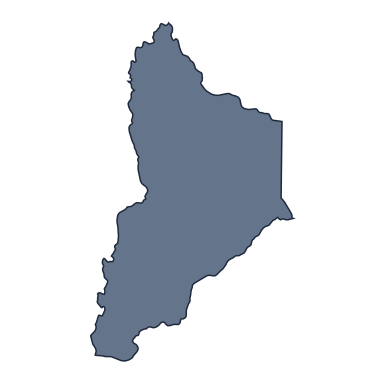 Neuquén, Equal Earth projection
{"feature_id": "ARG-1276", "entity_name": "Neuquén", "entity_type": "Province", "adm_level": 1, "iso_a3": "ARG", "parent_name": "Argentina", "parent_adm1": "", "projection": "equal_earth", "projection_center": [-70.544, -38.612], "detail": "fine", "context": "isolated", "style": "filled", "palette": "slate", "viewbox_px": 384, "rotation_deg": 0, "n_neighbors": 0, "source": "natural_earth", "source_scale": "10m", "svg_char_len": 5944}
<svg xmlns="http://www.w3.org/2000/svg" viewBox="0 0 384 384"><path d="M165.0,25.4L166.5,25.3L167.5,24.6L168.4,23.5L168.6,23.0L169.0,23.5L170.9,25.1L171.7,26.0L171.9,26.4L172.4,27.9L172.5,28.7L172.4,30.7L172.2,32.0L172.1,32.3L171.4,33.1L171.2,33.5L171.1,34.2L171.1,35.3L171.4,36.6L172.0,38.4L172.5,39.4L173.0,40.0L173.6,40.3L174.0,40.4L174.5,40.1L175.2,39.2L175.4,39.0L176.1,38.9L177.0,39.3L177.5,39.9L178.0,40.7L179.2,45.5L179.3,46.6L180.8,51.0L182.0,53.4L182.6,54.4L183.4,54.9L187.6,56.4L189.5,58.6L190.1,60.2L190.4,60.5L191.7,61.2L193.4,62.9L194.0,64.0L194.5,65.3L195.2,68.0L195.5,68.5L195.9,69.1L198.0,71.0L199.5,71.8L200.4,72.4L201.2,72.7L202.0,73.8L202.1,76.7L202.5,77.7L202.3,78.4L202.2,79.7L202.1,80.5L201.8,81.2L200.8,82.3L200.7,83.0L201.0,84.0L204.7,89.2L206.5,91.0L210.7,93.7L212.8,94.6L215.5,95.2L218.2,95.4L227.4,93.5L229.6,93.7L232.9,95.4L235.1,95.8L237.6,96.9L238.5,97.5L239.9,99.5L241.0,104.7L242.0,106.9L243.8,108.3L246.4,109.1L249.1,109.5L255.7,108.8L256.8,109.3L258.7,111.8L259.8,112.6L262.0,112.6L262.5,112.8L263.7,113.4L264.2,113.5L267.7,113.6L268.7,114.0L269.4,114.9L271.0,118.4L271.9,119.6L272.7,120.2L282.0,121.5L281.1,196.9L281.3,198.4L282.4,199.4L284.8,202.5L291.3,213.5L291.9,215.1L292.0,216.3L292.0,217.2L292.2,218.0L293.3,218.4L287.8,219.8L286.0,219.8L283.7,219.0L282.7,218.9L281.9,219.1L281.2,219.5L280.5,219.8L279.0,218.9L277.9,217.5L277.3,217.4L275.1,219.5L274.3,219.7L272.6,220.7L269.2,225.0L267.5,225.9L265.8,226.3L264.1,227.3L262.6,228.8L261.3,230.6L259.7,233.6L259.1,234.5L258.3,235.3L257.4,235.9L255.2,236.9L254.0,238.7L252.5,239.9L251.9,240.9L251.1,244.3L250.6,245.4L247.9,247.1L247.3,247.6L247.0,248.0L245.0,251.7L244.0,253.1L241.0,254.5L239.4,255.5L237.9,255.7L236.4,255.7L235.8,255.9L235.1,256.2L232.5,258.1L231.1,258.7L229.4,259.7L228.4,260.5L227.5,261.6L226.3,263.4L226.2,263.7L226.0,264.5L223.2,268.5L222.3,269.4L220.3,271.0L216.7,274.7L215.4,275.6L214.2,275.9L209.5,275.3L207.8,275.4L207.0,275.7L194.5,283.1L193.4,284.1L192.5,285.2L192.3,285.8L192.2,287.5L192.0,288.1L191.3,289.8L191.0,291.2L190.6,295.1L189.9,298.0L190.0,300.2L190.0,300.9L189.6,302.0L188.4,304.0L186.6,309.2L186.3,310.7L186.3,314.1L186.2,315.9L185.6,317.2L185.1,317.8L184.5,318.2L183.2,318.9L181.7,318.8L181.3,318.9L180.7,319.7L180.1,322.6L179.5,323.7L178.3,324.5L173.8,324.4L169.8,325.6L167.7,325.7L166.0,324.4L165.2,323.3L164.2,322.4L163.1,322.0L161.9,322.2L161.0,322.8L158.9,325.1L157.5,326.3L155.7,327.2L153.8,327.7L152.2,327.5L151.4,327.2L149.8,326.9L149.0,326.9L148.1,327.2L146.8,328.3L146.1,328.6L146.2,328.8L144.9,328.9L143.5,329.3L140.9,330.6L139.9,331.5L139.4,332.1L139.1,332.8L138.6,334.7L138.0,335.4L136.2,335.8L135.4,336.3L134.6,337.8L133.4,338.9L133.1,339.3L132.8,339.9L132.7,340.5L132.8,341.8L133.4,342.8L134.3,343.5L135.4,344.1L136.3,344.7L137.1,345.8L137.8,347.0L138.1,348.4L137.9,349.9L137.3,351.0L136.6,352.1L133.4,355.8L132.7,357.2L132.5,357.6L131.9,358.0L130.0,359.3L128.5,360.0L125.7,360.8L124.4,361.0L121.2,360.6L111.3,356.7L109.5,356.6L105.6,356.6L102.2,355.8L95.3,355.3L95.3,354.5L96.1,351.8L96.1,350.5L95.7,348.8L95.1,347.7L93.1,344.6L92.5,343.1L90.7,335.9L91.0,335.2L94.9,331.0L95.9,329.0L96.1,326.5L96.0,325.9L95.5,325.2L95.4,324.5L95.6,324.0L96.5,322.3L98.3,316.2L98.7,315.4L99.3,315.2L101.5,315.9L102.1,315.9L102.6,315.3L104.7,310.5L104.9,309.4L104.8,308.0L104.6,307.4L104.3,307.0L103.6,306.6L103.3,306.6L102.6,306.8L102.4,307.1L102.3,307.4L102.0,307.7L101.4,307.5L101.0,307.2L99.9,305.6L98.3,303.9L97.6,302.9L97.2,301.7L97.3,301.2L97.8,300.0L97.6,299.3L97.6,298.7L97.9,296.6L98.2,295.4L97.6,294.3L97.7,293.8L98.3,293.0L100.1,292.8L102.4,293.9L104.3,294.3L105.0,291.7L104.4,288.8L104.5,288.2L105.4,287.3L107.3,283.0L107.7,281.5L107.5,280.5L106.8,279.8L105.0,278.1L104.5,277.4L104.2,276.4L104.1,274.9L103.8,273.5L102.8,270.6L102.6,269.2L102.9,268.0L103.4,266.7L103.7,265.6L102.5,263.7L102.4,262.2L102.6,260.7L103.0,259.5L103.8,258.5L104.5,258.5L106.8,261.1L107.5,261.8L108.4,262.0L109.7,261.6L110.8,261.5L111.7,261.7L112.6,261.6L113.4,260.7L113.8,258.3L111.4,256.1L112.8,254.0L113.5,253.1L114.4,251.2L115.1,250.4L115.5,249.4L114.7,247.3L114.7,246.0L115.5,244.9L116.6,244.1L117.6,243.2L118.0,241.6L118.5,236.0L117.9,226.8L117.0,221.8L117.0,220.0L117.7,215.6L118.5,213.9L120.0,212.4L124.7,209.8L126.1,208.7L127.0,207.2L127.4,207.0L131.3,206.4L132.1,205.9L135.1,203.5L136.6,202.8L138.6,202.8L140.8,203.1L142.0,202.8L142.8,202.1L143.5,200.5L143.8,200.1L145.7,199.1L145.7,198.4L145.2,197.5L145.0,196.9L145.2,195.8L145.7,194.7L147.0,192.8L147.5,191.8L147.7,190.4L146.9,187.9L145.3,186.2L143.4,184.9L141.7,183.3L140.5,180.9L138.2,170.0L138.1,167.9L138.1,165.8L138.6,163.3L137.9,160.3L137.8,159.0L138.5,157.9L138.7,157.5L138.7,156.7L138.5,156.4L137.1,154.4L136.6,153.3L136.3,151.8L135.9,150.4L134.5,147.8L134.1,144.9L132.1,140.8L129.4,131.8L129.0,128.7L129.1,127.2L129.4,126.3L130.0,125.5L130.8,124.7L132.1,123.8L132.3,123.4L132.4,122.6L131.7,121.4L131.6,120.6L131.9,119.3L132.7,116.7L132.8,115.3L132.6,113.7L131.9,112.5L130.2,110.2L128.8,106.9L128.3,104.9L128.2,103.4L128.7,102.2L130.7,99.5L131.3,98.0L131.3,96.7L131.2,95.3L131.2,93.9L131.7,92.4L132.4,91.5L134.3,90.4L132.3,88.6L131.6,87.5L131.2,84.2L130.8,83.4L129.1,82.3L128.1,81.3L128.4,81.3L129.5,81.5L130.5,81.5L131.4,80.8L131.8,79.9L131.6,78.9L130.1,77.8L130.1,77.3L130.5,76.3L130.6,75.1L130.3,74.4L129.8,74.0L128.9,73.5L128.6,72.8L128.7,72.1L129.7,70.5L131.0,66.7L131.2,65.4L131.1,62.8L131.3,61.7L132.1,60.9L133.1,61.0L134.1,61.8L135.0,62.3L135.9,61.7L136.0,60.6L135.2,55.9L135.2,53.3L135.6,50.1L136.6,47.6L138.3,47.2L139.4,47.6L140.3,47.7L141.3,47.5L142.2,46.8L142.8,45.7L143.2,43.1L143.6,42.1L144.6,41.8L145.7,42.1L147.8,43.2L148.9,44.1L153.5,42.8L154.1,42.0L154.1,40.4L153.8,39.6L153.0,38.1L152.8,37.2L153.0,36.6L153.9,34.9L153.9,34.3L153.7,33.2L154.0,32.5L154.4,32.1L155.8,31.6L156.5,31.0L158.5,28.3L159.5,27.6L159.7,27.1L159.8,25.8L160.4,24.5L160.7,24.0L161.4,23.7L162.6,24.0L165.0,25.4Z" fill="#64748b" stroke="#1e293b" stroke-width="1.5"/></svg>